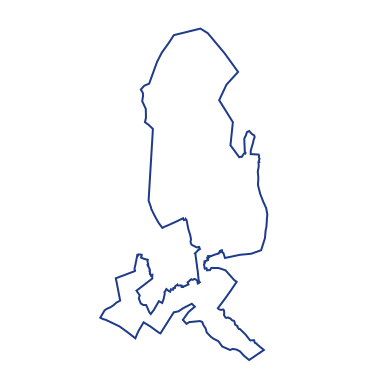 Jere, Borno, Nigeria, rotated 4°
{"feature_id": "59680162B64727590098747", "entity_name": "Jere", "entity_type": "district", "adm_level": 2, "iso_a3": "NGA", "parent_name": "Nigeria", "parent_adm1": "Borno", "projection": "robinson", "projection_center": [13.17, 11.942], "detail": "fine", "context": "isolated", "style": "outline", "palette": "blue", "viewbox_px": 384, "rotation_deg": 4, "n_neighbors": 0, "source": "geoboundaries", "source_scale": "gbopen_adm2", "svg_char_len": 6005}
<svg xmlns="http://www.w3.org/2000/svg" viewBox="0 0 384 384"><g transform="rotate(4 192 192)"><path d="M152.6,262.7L152.1,262.6L151.8,262.6L151.7,262.5L150.2,262.3L148.9,262.0L147.3,261.6L146.2,261.2L145.7,261.0L146.2,259.4L146.2,258.1L144.4,258.0L142.9,258.0L142.5,259.2L141.8,258.9L141.8,259.6L141.6,260.6L141.5,261.5L141.4,262.4L141.3,262.8L141.2,264.1L141.1,265.0L141.0,265.5L140.8,266.4L140.8,267.2L140.7,268.4L140.4,269.4L140.3,270.5L140.2,271.1L140.2,271.3L140.0,272.0L140.0,272.4L140.0,272.6L140.1,273.1L140.2,273.3L140.3,273.5L140.4,273.9L140.7,274.3L140.6,274.8L140.1,275.1L139.6,275.3L131.4,279.1L126.1,281.5L122.0,283.4L123.4,288.4L124.7,293.3L126.1,298.6L127.9,305.4L124.3,307.6L121.4,310.6L118.3,312.9L115.4,314.3L113.1,316.1L109.3,323.8L111.8,324.9L114.8,325.5L129.0,331.1L137.5,336.4L145.7,341.9L147.4,336.8L148.7,333.6L150.0,331.0L152.8,325.4L159.8,329.0L168.9,334.7L170.4,335.2L182.2,313.3L186.8,312.0L191.5,308.4L199.6,303.5L202.8,306.2L196.9,312.0L191.8,320.2L195.7,323.9L198.3,322.0L208.9,320.2L211.3,320.9L212.5,323.7L215.1,327.2L216.5,331.1L220.7,334.9L223.2,336.6L228.2,338.8L229.0,339.3L232.9,344.0L234.0,344.4L241.0,346.9L243.7,345.7L247.5,346.1L250.9,347.6L255.6,352.0L260.7,355.6L274.7,344.6L267.6,339.5L267.3,339.1L266.9,338.6L266.1,338.5L265.2,338.0L265.0,337.3L264.7,336.8L264.2,335.5L260.6,336.0L260.2,335.8L255.1,330.2L249.4,325.4L248.3,325.4L247.4,324.3L246.9,323.8L246.8,323.1L246.7,322.6L246.1,322.2L245.2,321.8L244.6,321.5L244.3,321.3L244.1,320.8L243.9,320.2L243.8,319.8L243.7,319.1L243.2,318.0L242.8,317.6L242.3,317.4L241.6,317.4L241.1,317.2L240.6,316.9L240.3,316.6L239.9,316.2L239.5,315.8L239.0,315.4L237.9,315.3L237.2,314.7L236.9,314.7L236.4,314.8L236.1,314.9L235.0,315.2L234.4,315.1L234.1,314.6L233.4,313.9L232.9,313.1L232.5,312.4L232.5,312.1L232.5,311.7L232.6,311.4L232.6,311.0L232.4,309.1L232.0,307.6L231.6,307.2L231.1,307.0L229.3,307.6L228.2,307.4L227.1,307.1L225.9,306.1L232.1,296.6L237.7,287.4L242.8,278.5L239.9,276.6L234.6,271.4L230.9,267.8L224.0,266.0L216.6,266.4L215.4,268.7L213.9,268.8L212.5,269.1L212.2,268.0L211.8,267.0L210.2,267.6L209.8,266.8L209.7,266.4L209.6,265.8L209.6,265.4L209.3,264.7L209.2,264.1L209.0,263.3L209.3,262.8L209.5,262.6L209.5,262.0L209.4,261.8L209.8,261.6L209.7,261.4L209.6,261.2L209.5,260.9L209.3,260.3L209.8,260.1L211.1,259.6L211.7,259.3L212.2,259.1L212.6,258.9L212.4,258.5L212.2,258.0L212.5,257.8L212.7,257.7L212.5,257.3L212.3,256.8L212.2,256.8L211.9,256.9L211.8,256.3L212.3,256.2L213.7,255.9L213.5,255.4L212.9,255.5L212.8,255.1L212.7,254.8L212.8,254.8L213.8,254.7L214.2,254.6L214.9,254.6L215.1,254.6L215.5,254.6L215.9,254.4L216.3,254.3L216.7,254.0L217.1,253.8L218.6,253.1L219.6,252.7L221.6,252.0L222.9,251.5L222.9,250.8L223.9,250.4L223.8,250.0L224.4,249.8L224.0,248.8L224.1,248.7L225.1,248.3L225.9,248.0L226.2,248.9L226.6,250.2L227.6,250.7L229.5,255.5L244.2,251.3L255.2,249.5L265.0,245.3L268.0,232.9L268.1,225.7L268.7,220.8L268.6,213.7L268.7,209.1L267.1,202.9L263.8,196.8L260.1,189.0L257.3,180.4L257.2,173.3L256.2,167.1L256.8,161.6L256.2,157.8L257.0,157.5L256.5,156.1L256.8,155.1L257.1,154.2L256.8,153.7L256.3,152.7L256.4,151.7L255.9,150.0L247.9,150.1L247.7,146.6L249.4,138.9L250.0,135.0L250.7,132.9L250.1,131.2L248.5,130.4L247.2,129.6L246.1,128.4L244.8,127.2L244.5,127.5L244.1,127.6L243.9,127.7L243.7,127.9L243.4,127.9L242.8,128.2L242.1,130.3L241.8,132.1L241.3,132.8L240.4,135.3L241.9,148.2L242.7,149.1L242.5,149.9L241.9,149.6L241.1,150.1L240.5,151.0L240.0,152.0L239.5,153.2L238.8,153.6L237.8,153.5L236.7,154.0L227.1,142.7L227.9,119.5L212.7,98.5L218.9,82.5L229.6,69.0L214.9,51.4L196.7,32.5L189.0,28.4L162.9,36.8L159.1,43.8L152.2,55.0L148.1,64.5L141.7,86.9L137.1,89.2L133.8,93.3L136.1,96.7L136.5,99.6L136.3,101.3L136.0,104.9L140.1,112.3L140.9,121.1L140.6,123.1L140.2,125.6L143.9,127.9L148.6,131.8L149.3,203.6L152.2,210.3L152.6,211.8L156.2,218.0L158.7,221.9L161.0,225.3L163.9,228.6L164.9,229.9L167.9,228.1L170.0,227.1L179.1,222.2L184.9,218.8L185.2,219.7L185.7,220.2L185.9,220.6L186.6,220.4L186.8,220.2L187.2,220.0L187.5,219.3L188.6,220.6L190.9,229.2L193.2,235.1L194.3,239.2L194.1,240.9L194.1,241.8L194.3,242.9L195.1,244.3L195.3,244.6L196.0,245.0L197.0,245.4L198.7,246.1L199.7,246.6L200.8,246.9L201.2,246.9L202.0,246.5L202.7,246.3L203.0,246.3L203.4,247.4L203.8,248.2L203.2,248.3L203.0,248.6L202.8,249.2L202.6,249.4L202.2,249.5L201.9,249.8L201.7,250.3L200.9,251.2L199.2,253.1L199.8,253.6L199.9,254.0L200.1,255.9L200.5,257.4L201.1,260.5L201.4,261.8L201.7,263.3L202.1,265.2L202.2,266.2L203.2,270.3L204.2,276.2L204.7,279.0L204.9,279.8L205.2,280.4L205.8,281.2L206.1,281.5L205.4,282.1L204.8,282.6L204.1,282.9L203.7,280.7L203.4,280.2L203.0,279.9L202.4,279.4L201.8,279.0L201.3,278.8L200.8,278.6L200.5,278.6L200.0,278.8L199.2,279.4L198.7,279.5L198.4,279.6L197.9,279.5L197.4,279.1L196.0,280.3L195.3,281.3L194.8,281.7L193.9,282.4L194.9,284.5L193.7,285.1L192.9,285.4L192.4,285.9L191.6,286.1L191.0,286.5L190.6,286.6L190.1,286.8L189.9,287.4L189.2,287.4L188.9,287.4L188.3,287.5L188.2,287.1L188.2,286.1L186.9,286.0L186.0,286.1L185.2,286.1L184.1,286.2L183.8,285.5L183.3,286.0L182.0,287.0L181.8,287.4L181.8,287.9L181.7,288.5L181.7,288.8L180.9,288.8L180.5,288.9L180.5,289.5L180.4,289.7L180.0,289.6L179.8,290.8L179.1,290.7L178.5,290.7L177.8,290.5L177.2,292.6L177.1,293.0L175.6,292.3L173.2,290.6L172.7,291.7L172.4,292.6L172.1,293.1L171.5,293.8L171.9,295.5L171.6,297.4L171.1,301.1L170.0,304.8L166.6,303.2L164.3,307.9L162.0,312.6L160.8,314.3L159.4,316.6L157.9,315.1L154.2,308.0L151.3,308.1L148.7,306.8L146.4,302.0L147.0,298.7L143.5,294.3L145.9,292.2L158.4,281.1L158.2,278.7L158.2,277.5L157.7,277.8L157.5,278.0L157.2,278.2L156.9,278.4L156.8,278.2L156.6,277.3L156.4,276.9L155.9,276.9L155.7,276.5L155.6,276.2L155.7,275.8L155.7,275.3L155.7,275.2L155.6,274.5L155.5,273.4L155.2,273.5L155.1,272.0L155.0,271.4L154.1,270.3L154.0,269.8L153.9,269.7L153.8,269.4L153.5,268.4L153.0,268.5L152.8,267.9L152.7,267.5L153.0,267.1L153.3,267.0L153.2,266.5L152.5,264.8L152.5,264.5L152.5,263.9L152.5,263.4L152.6,262.7Z" fill="none" stroke="#1e3a8a" stroke-width="2"/></g></svg>